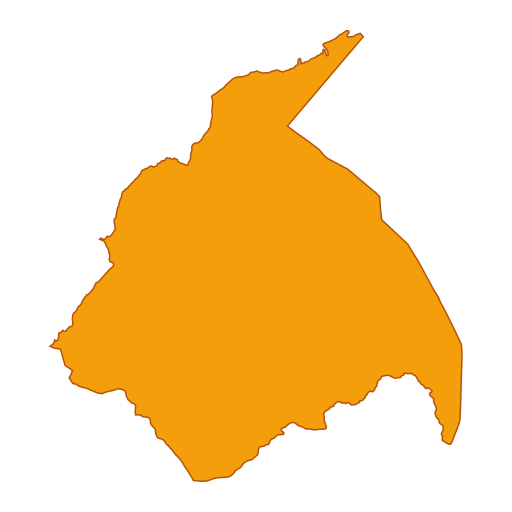 Malava, Western, Kenya
{"feature_id": "3690345B31807063616851", "entity_name": "Malava", "entity_type": "district", "adm_level": 2, "iso_a3": "KEN", "parent_name": "Kenya", "parent_adm1": "Western", "projection": "mercator", "projection_center": [34.832, 0.47], "detail": "fine", "context": "isolated", "style": "filled", "palette": "amber", "viewbox_px": 512, "rotation_deg": 0, "n_neighbors": 0, "source": "geoboundaries", "source_scale": "gbopen_adm2", "svg_char_len": 5984}
<svg xmlns="http://www.w3.org/2000/svg" viewBox="0 0 512 512"><path d="M99.6,239.3L103.7,240.9L104.8,242.3L105.7,244.2L106.7,246.8L108.2,248.9L109.8,255.7L109.5,258.2L109.1,259.4L109.6,261.1L110.8,262.1L112.3,262.4L113.4,263.3L113.7,264.8L113.0,266.3L111.5,267.9L110.0,268.9L99.0,281.2L97.5,282.3L96.0,282.9L93.4,288.4L90.4,292.4L89.2,293.4L88.1,294.6L86.6,294.8L85.9,296.2L84.3,297.9L83.4,299.7L82.2,301.4L81.5,303.3L80.6,304.8L77.7,307.4L77.3,309.0L76.3,310.3L75.8,311.5L73.5,313.2L72.9,315.0L72.3,318.6L72.7,321.6L72.7,323.8L72.4,325.7L71.1,326.6L69.7,326.7L66.5,329.9L65.5,331.3L63.8,331.4L63.0,330.3L60.3,332.7L58.8,333.1L58.6,334.3L58.7,336.1L58.4,338.1L57.8,339.9L56.2,341.1L54.8,340.0L54.2,342.0L53.3,343.2L52.7,344.4L50.0,346.2L53.7,348.0L60.5,349.1L65.2,365.5L72.4,370.4L71.2,374.1L69.2,377.9L72.8,383.5L76.0,384.2L77.3,384.9L78.6,386.1L80.1,386.4L81.7,387.2L86.7,388.3L90.8,390.2L92.2,390.5L93.4,391.4L96.9,392.6L98.6,393.4L100.3,393.2L102.0,393.8L106.1,392.0L107.9,391.7L109.5,390.9L111.1,391.0L116.3,389.4L117.7,388.7L119.3,388.9L123.6,389.9L124.9,391.0L125.5,392.1L126.3,395.9L128.2,399.9L129.8,400.9L131.1,402.5L132.2,403.2L134.0,403.5L135.5,405.1L135.6,407.3L135.1,411.8L135.6,414.9L139.6,414.8L141.4,415.7L142.9,416.8L147.6,417.2L149.2,418.0L150.3,419.7L150.3,421.7L150.6,423.2L151.3,424.7L152.7,426.5L154.2,427.9L155.5,429.7L155.7,433.2L156.7,436.1L157.6,437.5L158.6,438.3L162.1,439.1L164.0,440.6L165.3,442.4L166.1,443.9L168.5,445.9L170.2,448.2L172.4,450.2L174.0,452.7L175.6,454.7L177.5,456.4L180.1,459.3L182.1,462.0L184.0,465.4L187.9,471.2L192.2,478.2L193.3,480.5L202.5,481.3L205.8,481.1L207.7,480.8L213.7,478.6L215.9,478.1L218.5,477.7L227.5,477.1L229.5,476.5L230.9,475.7L232.6,474.3L234.2,472.7L235.1,471.1L237.9,468.9L239.6,468.1L241.3,466.7L242.8,464.2L244.5,462.6L246.4,461.4L248.5,460.5L250.6,460.1L252.5,459.2L256.7,455.5L257.8,454.3L258.2,452.2L258.7,448.2L260.2,446.7L262.0,446.6L264.0,446.1L266.5,444.6L268.3,444.5L269.2,443.5L270.2,440.5L271.2,439.5L274.2,437.9L275.6,436.8L276.7,435.5L278.2,434.6L280.1,434.8L283.6,434.3L283.8,432.6L281.2,430.4L281.5,428.7L283.3,427.7L285.0,427.3L287.8,424.7L289.5,423.6L292.0,422.5L293.8,422.5L295.6,423.3L298.0,425.6L302.3,426.9L303.8,427.6L305.5,428.9L307.2,429.0L309.2,428.9L311.4,429.2L312.9,429.7L314.4,429.8L316.3,429.7L319.8,429.2L323.0,429.3L326.1,428.5L326.2,426.1L325.5,424.3L325.2,422.9L324.3,421.8L324.6,420.4L324.0,419.0L324.3,417.4L323.8,415.2L323.8,413.3L324.6,411.9L329.6,408.7L330.2,407.2L332.4,406.7L333.9,405.9L334.1,404.6L337.2,401.9L339.7,401.6L341.2,402.7L342.7,403.1L344.3,402.6L345.7,403.6L346.9,402.7L348.8,403.0L350.1,403.6L351.0,404.9L355.3,404.6L356.8,403.9L358.1,402.8L359.4,402.5L359.8,400.7L361.3,400.7L362.7,400.3L363.6,399.0L364.8,398.2L366.0,395.4L367.2,394.5L367.7,393.1L368.9,391.8L370.6,391.1L372.3,391.8L374.0,390.7L375.5,387.4L376.5,386.4L378.0,380.6L379.8,379.7L382.0,376.3L386.2,375.4L389.1,375.4L394.6,378.2L400.8,377.4L401.4,376.0L404.2,374.5L404.3,373.2L405.8,373.1L407.9,373.7L410.0,373.5L411.9,373.6L413.4,374.8L415.3,375.7L416.8,377.5L418.3,381.0L420.0,382.2L420.8,384.0L422.4,384.7L423.8,385.9L424.9,387.8L426.2,388.7L427.4,387.8L429.4,388.5L430.9,389.7L432.0,391.0L431.5,392.3L430.1,392.6L429.6,394.1L430.0,395.6L433.4,398.4L433.7,400.4L433.6,401.9L435.5,405.8L436.3,408.2L436.3,410.1L435.4,411.7L435.0,413.8L436.6,417.8L438.8,419.7L439.2,421.0L439.2,422.4L440.0,423.5L443.1,425.8L443.2,427.7L442.8,431.1L442.0,432.3L441.3,434.0L441.8,435.4L442.8,436.3L442.1,439.0L442.4,440.6L444.1,441.4L446.9,443.3L448.7,444.2L450.5,444.2L451.7,442.5L456.4,430.6L459.4,422.4L459.8,420.6L460.4,410.7L462.0,355.0L461.4,344.7L455.0,330.8L446.0,312.6L440.3,302.0L438.1,296.6L433.9,290.2L418.1,261.0L413.9,254.4L407.7,244.1L381.6,219.7L380.4,208.0L379.6,196.7L375.4,192.3L374.0,191.4L347.9,169.3L327.2,158.2L324.8,156.1L318.5,149.0L307.3,140.6L295.2,132.0L287.4,126.1L363.3,36.7L360.2,33.3L355.9,34.8L354.5,35.9L353.1,36.6L350.8,36.7L348.9,37.0L347.2,36.7L347.2,35.0L349.0,32.6L348.7,31.0L346.4,30.7L341.2,34.3L339.9,34.7L335.7,38.5L330.4,41.1L328.0,42.1L324.6,43.1L323.0,44.6L323.6,46.3L325.7,48.0L327.8,51.5L328.1,53.4L328.1,55.2L326.3,55.7L325.8,52.5L325.0,51.1L324.6,49.6L323.3,49.4L322.8,51.1L323.4,52.3L322.7,53.6L321.4,53.1L320.6,54.3L316.9,56.1L314.1,58.1L312.5,58.4L310.9,59.1L309.5,60.5L308.3,61.4L305.2,62.0L304.0,63.0L302.5,63.0L301.2,63.8L300.8,61.7L300.8,59.6L299.6,58.4L298.1,59.9L298.1,62.0L297.8,64.6L295.4,66.0L294.3,67.5L293.3,68.3L291.2,68.6L288.0,70.2L285.3,70.9L283.6,71.7L282.3,72.0L278.9,70.6L276.6,69.9L274.7,70.7L272.4,71.1L270.4,71.9L269.0,72.8L267.4,72.9L265.7,72.7L264.4,73.0L263.0,73.0L258.6,71.9L256.8,70.9L254.0,72.0L250.9,72.3L249.6,73.8L248.4,74.8L244.3,76.3L241.1,76.9L239.0,76.7L236.8,77.2L234.8,77.8L232.5,79.1L225.5,85.5L224.3,87.2L219.6,90.5L217.4,92.3L213.0,95.2L211.6,96.3L212.6,100.3L212.7,102.1L211.9,111.3L212.3,114.6L212.3,116.6L211.1,121.0L210.2,127.5L208.8,128.8L208.2,130.4L206.8,132.1L204.4,134.6L201.9,139.1L200.5,140.8L199.1,142.0L197.7,142.9L196.4,142.8L194.9,143.2L193.6,143.9L192.4,145.2L191.7,147.2L191.9,149.0L191.7,151.3L191.0,153.0L190.7,154.8L190.5,158.9L188.3,163.2L187.9,164.9L186.6,165.2L184.7,164.6L183.2,163.8L181.1,163.4L179.3,162.1L177.6,161.5L177.6,159.9L174.2,158.1L172.9,159.3L171.5,159.2L170.2,158.3L168.6,158.2L167.1,157.8L165.7,158.8L164.9,160.4L163.5,160.7L162.0,160.8L160.4,162.1L159.4,163.4L157.5,163.4L157.1,165.6L155.1,166.5L153.3,167.0L152.1,166.2L150.6,166.1L149.0,167.0L147.6,168.1L146.1,168.5L142.5,170.2L141.5,171.2L141.0,173.2L139.3,175.0L138.3,176.6L135.1,179.5L134.1,181.0L131.1,183.8L130.3,185.2L128.5,186.4L127.7,188.4L126.4,188.6L125.3,189.4L124.3,190.8L122.8,191.7L122.0,193.3L121.4,197.3L120.2,199.4L119.7,201.6L118.9,203.2L119.2,204.8L118.0,206.8L117.4,208.5L117.3,210.3L116.7,211.9L115.9,217.6L114.5,218.9L114.0,221.0L115.2,228.0L115.1,229.7L111.1,235.5L109.2,236.8L107.0,236.3L106.2,237.9L105.1,239.0L103.9,239.6L100.8,238.1L99.6,239.3Z" fill="#f59e0b" stroke="#b45309" stroke-width="1.5"/></svg>